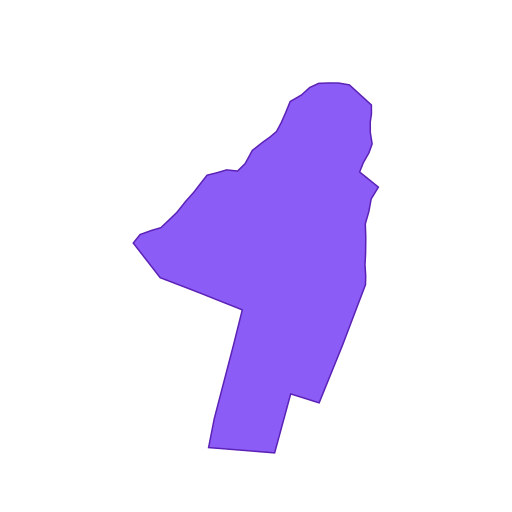 the district of Poço de José de Moura, Paraíba, Brazil, rotated 204°
{"feature_id": "56859067B94922107840664", "entity_name": "Poço de José de Moura", "entity_type": "district", "adm_level": 2, "iso_a3": "BRA", "parent_name": "Brazil", "parent_adm1": "Paraíba", "projection": "robinson", "projection_center": [-38.49, -6.591], "detail": "fine", "context": "isolated", "style": "filled", "palette": "violet", "viewbox_px": 512, "rotation_deg": 204, "n_neighbors": 0, "source": "geoboundaries", "source_scale": "gbopen_adm2", "svg_char_len": 828}
<svg xmlns="http://www.w3.org/2000/svg" viewBox="0 0 512 512"><g transform="rotate(204 256 256)"><path d="M373.4,217.9L334.7,197.2L298.8,199.1L246.6,201.2L240.3,165.2L228.0,90.6L221.4,61.7L158.9,83.7L168.2,144.1L138.6,147.5L140.7,210.0L144.3,274.3L147.7,282.5L152.8,292.2L157.1,303.3L163.3,317.7L169.2,329.8L171.0,342.6L174.0,355.0L172.2,368.7L195.5,374.9L195.9,384.9L194.8,396.2L195.5,405.6L201.8,415.3L206.2,425.1L208.3,432.7L212.0,440.9L240.3,450.3L251.0,447.6L259.8,443.7L269.0,439.2L275.5,431.7L279.9,421.7L287.6,411.1L287.2,398.1L287.2,387.8L287.9,378.0L291.6,370.4L296.0,362.9L302.3,351.0L303.5,336.0L307.4,326.1L317.9,322.7L325.6,316.1L333.6,309.9L336.1,299.9L338.7,289.1L342.4,277.6L346.1,263.4L350.1,253.6L354.4,243.2L361.8,236.9L370.6,228.5L373.4,217.9Z" fill="#8b5cf6" stroke="#5b21b6" stroke-width="1.5"/></g></svg>